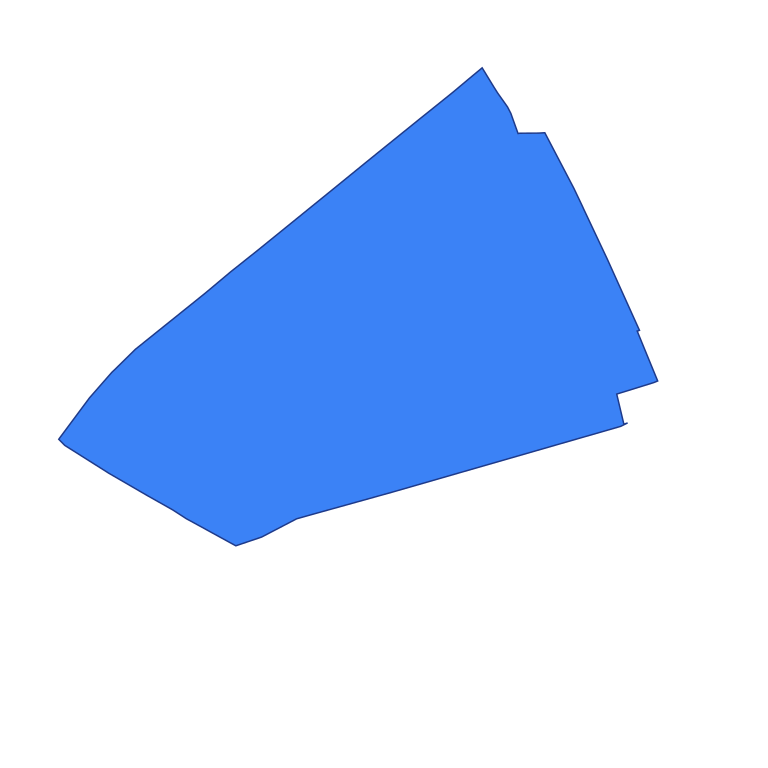 the district of Al Sahil, Al Qahirah, Egypt, rotated 230°
{"feature_id": "37247803B54164801772616", "entity_name": "Al Sahil", "entity_type": "district", "adm_level": 2, "iso_a3": "EGY", "parent_name": "Egypt", "parent_adm1": "Al Qahirah", "projection": "natural_earth1", "projection_center": [31.249, 30.094], "detail": "fine", "context": "isolated", "style": "filled", "palette": "blue", "viewbox_px": 768, "rotation_deg": 230, "n_neighbors": 0, "source": "geoboundaries", "source_scale": "gbopen_adm2", "svg_char_len": 986}
<svg xmlns="http://www.w3.org/2000/svg" viewBox="0 0 768 768"><g transform="rotate(230 384 384)"><path d="M568.5,309.4L568.5,307.9L568.5,305.6L570.4,215.9L568.1,186.8L568.0,185.0L567.9,183.1L562.7,149.5L551.1,100.7L550.7,99.3L542.1,100.0L492.3,115.9L450.3,131.1L423.4,141.2L412.1,144.7L408.1,145.9L407.8,146.0L393.3,151.7L384.0,155.3L380.4,156.7L363.2,163.4L355.3,166.5L345.4,191.9L336.9,230.4L329.0,247.9L295.9,320.7L199.4,538.1L197.6,545.6L199.0,541.9L226.7,555.8L211.7,591.5L211.0,593.6L210.4,595.6L245.9,606.9L259.7,611.3L261.8,612.0L261.4,612.8L260.9,614.2L336.4,635.4L389.6,649.4L391.4,649.9L393.2,650.4L411.7,655.2L473.1,668.7L476.9,663.6L483.7,655.4L488.9,649.1L489.3,648.4L489.7,647.7L503.0,652.6L509.7,655.1L516.8,656.7L522.6,657.2L533.7,658.1L540.5,659.0L554.4,661.1L558.2,661.7L563.1,662.4L563.2,645.3L563.2,624.6L563.6,604.6L564.1,582.1L565.1,528.6L565.4,511.0L566.1,463.6L567.6,373.4L568.5,338.8L568.5,309.4Z" fill="#3b82f6" stroke="#1e3a8a" stroke-width="1.5"/></g></svg>